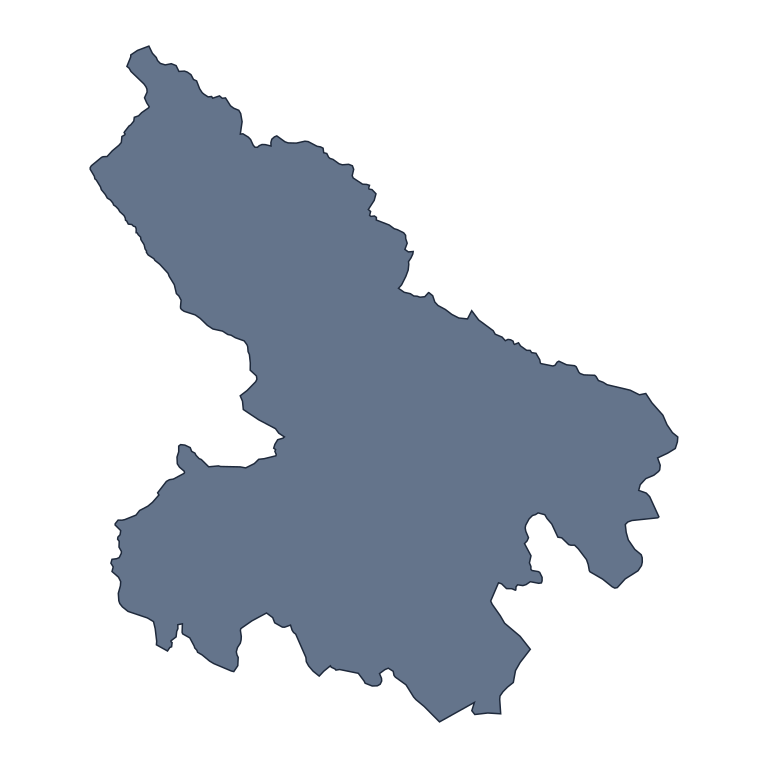 the district of Ba Thuoc, Thanh Hóa, Vietnam
{"feature_id": "81297802B10763760406842", "entity_name": "Ba Thuoc", "entity_type": "district", "adm_level": 2, "iso_a3": "VNM", "parent_name": "Vietnam", "parent_adm1": "Thanh Hóa", "projection": "albers", "projection_center": [105.214, 20.379], "detail": "fine", "context": "isolated", "style": "filled", "palette": "slate", "viewbox_px": 768, "rotation_deg": 0, "n_neighbors": 0, "source": "geoboundaries", "source_scale": "gbopen_adm2", "svg_char_len": 6091}
<svg xmlns="http://www.w3.org/2000/svg" viewBox="0 0 768 768"><path d="M171.3,63.7L165.2,64.9L160.3,63.4L157.5,60.5L156.3,57.5L152.4,53.3L148.9,46.1L137.5,50.4L130.8,54.9L130.7,57.0L126.9,66.4L129.1,68.2L131.0,71.5L143.9,83.9L145.9,86.7L146.9,89.0L147.1,92.1L144.5,97.8L146.8,103.0L149.2,106.7L148.6,107.8L141.7,112.6L138.6,115.8L134.3,117.3L133.8,121.1L130.6,125.0L129.1,125.9L124.6,131.7L124.1,132.6L125.1,134.0L124.7,134.9L121.9,136.5L121.3,142.5L119.0,145.2L112.3,150.8L107.1,156.5L103.1,156.7L101.6,157.3L91.4,165.7L90.2,167.6L90.2,169.3L94.3,176.2L94.9,178.9L96.2,179.9L100.5,186.9L101.3,189.6L105.3,194.5L107.3,198.1L110.4,200.0L112.9,203.1L113.6,205.0L115.7,206.4L118.3,209.1L119.8,211.7L124.0,215.5L125.2,217.9L125.5,220.2L126.7,221.0L128.3,224.1L131.8,224.5L133.4,226.1L135.4,226.8L136.2,228.9L136.1,232.7L137.3,233.0L138.1,234.6L140.6,237.1L140.9,239.6L144.1,244.7L145.1,249.0L146.5,251.0L146.4,252.3L148.2,255.0L153.9,258.7L154.9,260.4L159.7,264.2L168.1,273.4L169.2,276.4L174.3,284.7L176.4,293.6L178.9,296.0L181.1,300.2L180.5,306.5L180.6,308.2L181.5,309.5L184.1,311.3L195.2,314.9L200.2,318.4L207.4,325.4L212.9,329.0L222.5,331.1L227.8,334.5L231.1,335.2L235.3,337.7L244.2,340.9L247.0,344.8L247.7,346.7L248.1,351.7L249.4,354.5L250.3,362.9L250.2,370.2L256.4,375.9L256.9,379.2L255.7,381.7L247.1,390.5L240.2,395.8L242.5,401.2L243.3,409.5L258.7,419.8L275.5,428.7L278.8,433.2L284.4,436.9L282.9,438.2L277.7,439.7L274.9,444.3L273.7,448.2L275.6,449.6L274.9,451.4L276.2,454.4L275.9,455.8L264.1,458.7L258.7,459.3L254.3,463.6L245.7,467.9L240.2,466.9L220.5,466.5L218.5,465.9L208.7,466.8L201.3,459.5L199.1,458.6L196.0,455.3L194.9,453.1L191.7,451.4L190.2,447.6L184.9,445.1L180.6,444.6L178.7,446.1L178.7,451.8L177.0,457.1L177.3,463.8L179.5,467.2L184.2,471.2L184.5,472.7L184.0,473.4L173.3,479.1L169.4,479.7L166.4,481.4L157.6,492.8L158.9,495.0L152.5,502.3L147.8,506.2L139.6,510.5L136.0,515.1L124.8,519.6L122.0,520.2L118.1,520.1L115.2,523.7L115.1,525.0L120.7,530.6L120.1,534.7L117.9,537.1L117.6,539.2L119.2,541.3L119.0,547.1L121.4,551.4L121.3,553.3L119.2,557.6L116.6,558.7L112.0,559.3L110.9,563.2L113.2,566.9L112.0,571.5L118.5,577.2L120.7,581.6L120.4,585.8L118.3,593.3L118.8,600.7L119.8,603.6L122.4,606.9L128.0,611.4L147.3,617.9L153.5,621.6L155.2,628.7L156.7,641.3L156.4,644.8L167.5,651.0L169.8,647.5L171.6,646.8L172.1,642.6L171.0,641.7L171.0,640.8L176.1,636.9L176.7,631.4L177.9,628.7L177.8,624.7L182.4,623.8L182.1,632.4L182.7,633.9L189.8,637.9L194.2,646.1L194.7,647.9L196.9,650.3L197.6,652.3L202.1,654.9L209.6,661.1L213.8,663.6L231.3,671.0L233.8,671.6L237.8,665.7L238.2,657.4L237.0,655.0L236.3,651.8L237.5,647.5L240.3,643.2L241.1,639.9L241.3,636.5L240.4,630.4L240.8,628.6L252.0,620.8L266.5,613.0L272.7,617.6L274.7,622.8L282.3,627.1L284.6,627.2L290.5,625.1L292.1,630.2L293.6,632.5L295.7,634.1L305.9,657.4L306.3,661.7L308.6,665.9L313.1,671.2L319.2,676.1L323.8,671.2L330.4,665.8L331.2,667.2L334.9,668.9L335.9,670.1L339.6,669.5L358.3,673.3L364.2,681.2L365.1,683.2L372.2,686.0L377.4,685.8L380.2,684.2L381.7,681.0L381.5,678.3L379.5,673.6L384.9,669.6L388.3,668.2L393.2,671.3L394.0,675.4L395.3,677.1L406.0,684.8L413.6,697.0L415.9,699.6L424.1,706.4L439.5,721.9L474.4,702.4L471.8,710.7L474.8,714.5L487.8,713.0L500.7,713.8L499.7,699.3L500.0,696.0L503.0,691.7L507.4,687.2L513.3,682.5L515.5,670.6L520.1,662.5L530.3,649.3L520.1,636.3L504.6,623.2L500.3,615.8L492.2,604.3L490.7,601.0L498.5,582.8L501.6,583.8L506.5,588.6L511.9,588.7L515.3,590.2L515.8,589.9L516.0,586.8L517.6,584.8L522.9,585.6L526.1,584.6L530.3,581.7L538.8,583.3L541.4,582.9L542.1,580.9L542.1,577.3L539.7,572.4L538.3,571.6L532.0,570.5L530.9,569.4L530.9,566.4L529.4,562.9L531.0,555.8L524.5,543.6L527.1,540.9L528.5,537.7L525.8,531.3L525.2,527.9L525.7,525.2L529.1,518.9L532.5,515.5L535.5,514.6L538.1,512.9L544.8,514.7L547.0,518.5L551.8,524.1L557.9,537.2L561.7,537.8L568.7,544.6L570.9,545.2L574.6,545.2L578.2,548.7L586.5,559.6L588.2,564.5L589.3,570.6L590.0,571.8L602.6,579.1L612.2,586.8L614.8,588.1L617.3,587.6L625.2,578.9L638.0,570.8L641.5,565.6L642.3,562.0L642.2,557.7L641.2,554.7L634.8,549.4L628.3,539.9L626.2,532.4L625.3,524.5L627.8,522.0L631.9,520.5L657.8,517.8L658.9,516.8L649.7,496.7L646.3,493.1L638.7,490.4L640.2,484.7L645.8,478.6L653.9,475.2L658.5,471.5L659.7,469.9L660.2,465.2L657.6,457.9L667.6,453.2L675.3,448.5L677.4,441.9L677.8,437.0L672.4,432.6L667.0,424.7L662.9,415.2L651.9,402.8L645.8,393.5L639.4,394.8L630.2,390.2L607.0,384.7L603.2,382.3L598.4,380.5L596.1,376.6L594.7,375.3L583.9,374.9L580.1,373.5L578.8,372.2L576.2,366.8L574.6,365.7L566.6,364.8L558.9,361.2L557.2,362.1L555.0,365.3L552.9,366.0L541.0,363.6L540.3,362.9L539.8,359.9L536.0,353.3L531.6,352.6L530.2,350.4L526.6,350.3L520.5,345.9L518.5,342.8L514.5,344.4L513.8,343.7L513.1,341.2L510.7,339.8L508.0,339.4L505.3,340.7L502.1,337.1L495.2,334.2L493.2,330.7L478.7,320.0L471.7,310.7L467.5,318.9L458.8,318.0L451.8,314.4L445.4,309.5L438.0,305.5L434.8,302.0L432.7,295.7L429.0,292.7L428.5,292.6L424.8,296.7L420.0,297.2L417.2,296.2L413.8,296.0L410.4,293.7L404.2,292.3L398.5,288.3L401.6,284.8L405.8,276.5L408.2,270.0L408.8,264.3L408.5,261.7L411.0,257.9L412.8,254.0L413.2,251.5L408.3,251.9L404.9,249.4L407.2,243.2L405.7,238.6L405.6,235.3L403.7,232.8L397.5,229.7L394.2,228.7L389.2,225.0L376.3,220.0L376.4,217.4L374.4,216.0L370.9,216.4L369.6,215.4L370.6,211.5L368.3,209.5L374.2,200.4L376.0,193.8L372.0,189.6L369.1,189.1L368.7,188.0L369.5,185.3L366.6,184.4L362.6,184.2L353.2,178.0L352.2,175.7L353.7,169.3L352.4,165.8L348.7,164.3L342.3,164.8L339.1,163.8L333.0,159.4L329.9,158.4L328.6,157.2L326.8,153.5L323.7,152.7L323.1,148.2L320.6,146.9L317.1,146.3L308.2,141.6L304.9,141.2L296.4,143.1L288.1,142.9L285.0,141.8L276.8,135.9L274.4,136.9L271.8,139.2L270.9,142.4L271.0,146.0L265.2,144.6L262.0,144.5L259.2,145.7L257.4,147.3L254.9,147.2L253.1,145.0L250.6,139.5L248.3,137.1L242.9,133.8L240.3,134.1L242.1,121.7L240.7,113.6L238.8,110.3L233.7,108.2L230.5,105.8L225.5,97.9L222.3,98.3L219.5,95.9L212.7,98.2L211.6,96.5L208.1,96.9L204.0,94.2L202.2,92.7L199.6,88.7L196.6,80.9L193.5,79.5L191.0,74.7L187.3,72.1L184.5,71.1L178.9,71.4L176.1,65.6L171.3,63.7Z" fill="#64748b" stroke="#1e293b" stroke-width="1.5"/></svg>